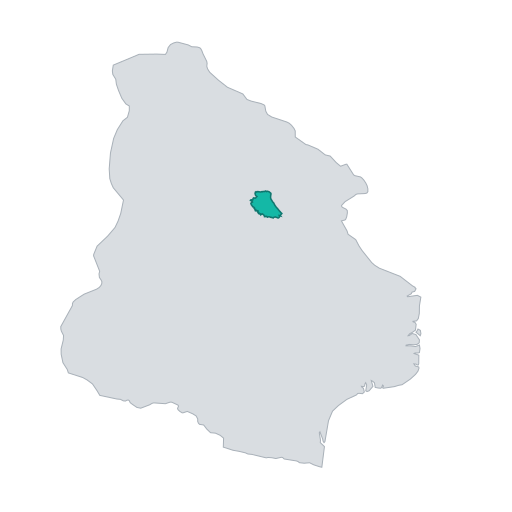 Wase, Plateau, Nigeria (highlighted), rotated 280°
{"feature_id": "59680162B1443452948914", "entity_name": "Wase", "entity_type": "district", "adm_level": 2, "iso_a3": "NGA", "parent_name": "Nigeria", "parent_adm1": "Plateau", "projection": "robinson", "projection_center": [10.242, 9.037], "detail": "fine", "context": "in_parent", "style": "filled", "palette": "teal", "viewbox_px": 512, "rotation_deg": 280, "n_neighbors": 0, "source": "geoboundaries", "source_scale": "gbopen_adm2", "svg_char_len": 7058}
<svg xmlns="http://www.w3.org/2000/svg" viewBox="0 0 512 512"><g transform="rotate(280 256 256)"><path d="M419.2,82.3L434.3,105.8L437.6,123.2L438.8,131.8L441.3,132.9L446.0,133.3L449.4,135.1L451.5,137.9L452.8,140.6L453.0,142.2L452.1,152.6L450.9,156.4L451.6,161.6L451.4,163.8L450.9,165.3L448.8,167.0L445.9,168.7L439.1,173.7L437.2,174.4L434.3,174.6L431.9,175.8L428.9,178.5L422.6,188.5L417.2,198.6L413.3,214.9L408.6,219.9L407.7,224.4L407.0,234.6L406.2,237.7L405.5,238.6L400.3,240.5L397.4,242.8L395.6,247.4L393.3,263.1L392.5,265.7L390.8,268.4L388.2,271.3L386.0,272.9L380.0,274.0L374.4,285.8L374.4,287.8L371.9,298.5L367.6,306.6L367.3,311.7L361.9,318.8L359.1,323.7L362.0,328.7L362.2,329.5L352.9,338.0L352.3,339.3L352.0,345.2L351.2,346.8L349.5,349.0L347.0,351.4L344.5,353.2L341.6,354.5L338.8,355.0L337.2,354.2L336.4,352.4L334.8,345.2L334.0,343.7L332.2,342.3L325.0,334.3L320.7,331.5L319.8,331.7L319.0,332.5L317.8,336.5L316.6,338.0L314.3,338.5L310.3,338.5L307.4,337.9L306.8,337.1L305.4,334.0L296.5,341.3L293.4,342.9L289.4,351.4L283.8,355.7L279.9,359.4L269.6,371.1L267.5,374.5L265.4,379.6L261.0,401.5L253.8,415.2L252.8,418.1L252.4,418.0L251.5,419.3L248.7,418.4L247.5,415.9L245.8,415.5L242.8,411.8L242.2,412.4L245.3,421.8L244.1,425.5L235.4,425.6L227.8,426.8L222.6,426.7L220.0,425.4L218.9,421.9L218.4,422.2L218.2,424.1L216.5,425.6L210.7,425.9L208.2,423.5L206.1,420.8L203.9,419.6L204.2,420.7L206.8,423.3L206.4,427.1L201.8,431.5L198.8,431.8L196.9,429.9L196.0,426.8L195.5,422.2L194.3,419.3L193.6,419.3L194.4,424.2L194.5,428.8L196.7,432.4L193.3,433.6L189.2,433.7L188.6,432.3L188.1,429.4L187.4,428.6L186.6,433.6L178.1,435.0L176.9,434.8L176.7,433.9L177.3,432.5L177.2,430.2L175.3,432.0L175.0,435.5L173.9,436.0L170.7,435.5L167.2,433.7L161.5,429.3L154.6,422.2L153.4,418.9L151.4,415.0L147.8,404.1L148.5,403.6L150.1,404.2L150.9,403.1L148.0,402.4L147.4,401.6L147.2,399.2L147.3,396.2L151.7,394.7L152.8,392.9L153.4,391.1L147.9,393.8L142.9,390.8L141.8,388.9L142.3,387.5L148.2,387.4L150.3,386.0L149.0,385.5L146.8,385.5L146.0,384.6L146.0,382.4L145.3,382.9L144.3,384.8L140.9,386.3L138.9,384.8L138.7,381.6L138.3,380.1L136.6,379.0L130.6,370.4L123.1,363.2L116.5,358.3L106.4,356.0L85.2,356.1L84.0,355.4L85.3,354.2L87.2,353.5L94.0,349.5L92.9,349.0L85.8,351.5L83.4,351.7L80.2,356.5L59.4,357.5L59.5,355.3L60.4,349.0L61.7,344.7L60.3,339.4L60.0,334.6L60.9,333.1L61.2,331.3L61.0,319.0L62.2,317.2L62.2,316.0L60.0,310.7L60.1,306.7L59.7,302.9L59.0,301.1L59.9,286.1L59.6,282.4L60.3,279.8L60.7,273.3L60.7,267.0L62.1,257.0L71.0,255.7L73.2,251.8L74.5,246.8L74.1,241.9L77.0,237.6L80.5,233.8L80.4,229.6L81.4,228.3L83.0,227.3L85.4,226.9L88.1,224.8L89.6,221.1L91.0,215.3L88.8,211.2L88.8,210.3L89.7,208.1L91.1,205.9L92.2,205.2L94.8,205.8L95.7,204.9L97.4,198.5L97.2,196.8L94.8,192.4L93.6,180.8L92.9,179.3L91.0,177.1L86.1,168.9L86.2,165.0L88.4,160.1L89.7,157.6L91.6,156.3L92.0,155.2L91.5,153.8L90.5,152.7L90.3,150.5L91.3,147.4L91.0,143.9L91.6,126.4L95.7,122.9L101.6,117.2L104.6,111.2L106.2,106.6L108.3,91.5L111.4,89.9L117.4,84.4L125.4,81.2L130.6,80.2L139.7,80.8L144.3,80.3L148.3,77.3L150.1,76.5L152.6,76.0L175.3,83.8L177.4,83.5L179.1,84.0L181.9,86.1L188.6,93.4L195.6,104.7L197.8,107.1L200.0,108.4L202.2,108.9L203.9,108.7L205.5,107.6L207.7,105.5L211.1,104.5L213.8,104.7L228.0,96.0L229.4,95.9L238.1,97.8L249.9,106.5L259.6,112.2L266.4,114.1L274.4,115.4L288.1,115.8L298.4,103.6L302.2,101.0L306.8,98.6L316.3,96.3L332.2,94.8L347.1,95.4L356.4,97.5L366.1,101.5L370.3,105.3L377.0,106.0L381.7,105.2L383.2,101.4L388.0,96.5L395.1,91.9L400.9,88.7L405.7,87.2L409.9,83.5L413.3,82.4L419.2,82.3ZM211.3,430.8L208.1,431.9L206.0,431.6L208.8,426.7L210.3,427.7L212.2,428.2L211.3,430.8Z" fill="#d9dde1" stroke="#a8b0b8" stroke-width="1"/><path d="M319.2,244.2L318.0,244.5L317.4,244.2L317.2,244.3L316.8,244.5L316.0,244.8L315.7,245.1L315.5,245.4L315.1,245.8L314.8,246.6L313.1,245.6L312.9,245.4L312.9,244.8L312.8,244.6L312.9,243.7L312.4,243.3L312.2,243.1L311.4,243.2L311.0,243.1L310.7,243.1L310.6,242.9L310.6,241.9L310.3,241.1L309.8,240.8L309.7,240.8L309.5,242.4L308.5,243.2L308.4,243.1L307.9,242.3L307.9,242.2L306.9,241.8L306.4,242.2L306.1,242.3L305.9,242.3L305.4,242.7L305.4,242.8L305.4,243.0L305.1,243.3L304.6,243.6L304.2,243.9L303.8,244.4L303.8,244.6L303.9,245.0L303.7,245.3L303.4,245.6L303.2,245.9L303.2,246.0L302.5,245.9L302.3,246.2L302.3,246.3L302.2,246.4L302.1,246.6L301.9,246.7L301.8,247.5L301.4,247.6L301.0,247.2L300.4,247.5L300.4,248.0L300.5,248.3L300.9,248.8L300.7,249.3L301.0,249.9L301.0,250.0L300.4,250.3L299.8,249.8L299.6,249.9L299.5,250.0L299.4,250.5L299.2,250.6L299.1,251.2L298.4,251.0L298.2,251.3L298.0,252.0L298.1,252.5L298.4,252.8L298.4,253.2L298.1,253.2L297.9,252.9L297.4,253.4L297.7,253.5L297.8,253.7L297.8,254.1L298.1,254.5L298.6,254.9L298.5,255.1L298.5,255.3L298.1,255.9L297.7,256.5L297.6,256.8L297.3,257.0L297.2,257.0L297.0,257.3L296.9,257.4L296.2,257.5L296.2,257.8L296.5,258.1L296.6,258.3L296.7,258.6L296.8,258.8L296.5,259.0L296.6,259.6L296.8,259.8L296.3,260.4L296.2,260.5L296.3,260.7L296.7,261.1L296.8,261.4L296.8,261.7L296.8,261.9L296.9,262.1L296.9,262.3L297.0,262.8L296.8,263.0L296.6,263.6L296.7,263.8L296.7,264.1L296.6,264.6L296.8,264.8L296.4,266.3L296.9,266.5L297.0,266.6L297.5,267.5L297.8,268.1L297.9,268.4L297.6,269.0L297.5,270.5L297.2,271.1L297.6,271.7L298.1,272.1L298.5,272.3L299.1,272.3L299.4,272.2L299.8,271.9L299.7,273.2L300.2,272.6L300.5,273.1L301.2,273.3L301.9,273.9L302.4,274.1L302.7,273.6L302.8,273.3L303.0,273.1L303.2,272.9L303.3,272.7L303.5,272.5L303.5,272.3L303.9,272.1L304.1,271.8L304.2,271.5L304.4,271.3L304.5,271.1L304.7,270.9L304.9,270.8L305.0,270.6L305.2,270.4L305.3,270.2L305.6,269.9L305.9,269.6L306.0,269.5L306.1,269.3L306.3,269.1L306.5,269.0L306.6,268.9L306.7,268.6L306.8,268.4L307.1,268.1L307.5,267.6L307.7,267.3L308.1,266.9L308.4,266.6L308.5,266.6L308.8,266.2L309.1,265.8L309.3,265.6L309.5,265.6L309.8,265.4L310.1,265.1L310.3,265.0L310.5,264.8L310.7,264.6L311.4,264.2L311.5,263.9L311.7,263.7L311.9,263.3L312.2,263.0L312.5,262.8L312.6,262.7L312.8,262.5L313.0,262.4L313.1,262.2L313.5,261.8L313.8,261.7L314.1,261.3L314.5,260.9L314.8,260.8L314.9,260.7L315.0,260.7L315.4,260.5L315.5,260.4L316.0,260.2L316.5,260.2L316.8,260.1L317.1,260.1L317.5,260.0L317.8,260.0L318.2,260.0L318.4,259.9L318.6,260.0L319.0,260.0L319.4,260.0L319.4,259.9L319.5,259.9L319.8,259.8L320.1,259.8L320.4,259.7L320.6,259.4L320.7,259.1L320.8,259.0L320.9,258.7L321.1,258.5L321.2,258.3L321.4,258.1L321.5,257.6L321.6,257.2L321.7,256.7L321.8,256.1L321.7,255.8L321.5,255.6L321.4,255.4L321.2,255.3L321.2,255.1L321.3,255.0L321.5,254.6L321.7,254.4L321.6,254.1L321.6,253.9L321.4,253.8L321.3,253.6L321.1,253.5L320.9,253.2L321.0,252.9L320.9,252.6L320.9,252.4L320.8,252.2L320.8,251.7L320.5,251.5L320.5,251.3L320.3,251.0L320.4,250.9L320.4,250.7L320.4,250.4L320.2,250.1L320.1,249.9L319.8,249.6L319.8,249.4L319.8,248.9L319.8,248.6L319.8,248.4L319.8,248.1L319.7,247.9L319.7,247.6L319.8,247.5L319.8,247.3L319.8,247.1L319.8,246.8L319.8,246.6L319.7,246.3L319.5,246.2L319.4,245.9L319.1,245.6L319.2,245.4L319.2,245.2L319.4,244.8L319.3,244.6L319.2,244.5L319.1,244.2L319.2,244.2Z" fill="#14b8a6" stroke="#0f766e" stroke-width="1.5"/></g></svg>